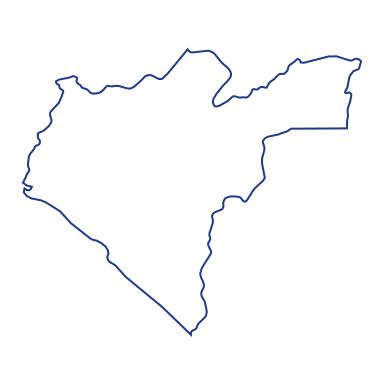 outline of Grand Bassa
{"feature_id": "LBR-785", "entity_name": "Grand Bassa", "entity_type": "County", "adm_level": 1, "iso_a3": "LBR", "parent_name": "Liberia", "parent_adm1": "", "projection": "albers", "projection_center": [-9.727, 6.117], "detail": "fine", "context": "isolated", "style": "outline", "palette": "blue", "viewbox_px": 384, "rotation_deg": 0, "n_neighbors": 0, "source": "natural_earth", "source_scale": "10m", "svg_char_len": 4399}
<svg xmlns="http://www.w3.org/2000/svg" viewBox="0 0 384 384"><path d="M190.9,334.7L162.1,306.9L125.6,276.8L116.2,266.2L114.2,264.6L109.6,261.9L108.0,259.9L107.2,257.2L108.4,253.8L108.0,250.6L105.5,246.5L101.3,243.1L96.6,240.6L92.6,239.7L89.8,238.1L71.0,223.3L60.2,211.4L46.1,202.5L41.3,200.4L31.2,198.4L26.6,195.7L23.8,192.2L24.5,188.5L26.9,190.1L29.0,190.3L30.7,189.2L31.9,186.7L26.6,185.5L23.0,182.7L23.2,182.3L25.8,177.1L26.2,175.8L27.0,174.0L28.9,171.3L29.3,169.9L29.0,168.7L28.0,166.1L27.9,164.6L28.9,156.7L29.4,155.4L29.9,154.2L33.9,149.3L35.2,146.5L36.1,145.7L37.6,145.1L39.0,144.4L39.9,142.8L39.9,141.2L39.5,139.9L38.6,139.0L38.0,138.0L37.9,136.9L38.0,135.7L37.8,134.6L37.8,133.5L38.8,132.8L41.4,131.8L44.3,130.2L48.9,126.0L50.6,123.4L51.5,121.2L51.4,119.6L50.2,115.6L50.0,114.1L50.2,112.7L50.8,111.5L59.0,102.7L60.2,99.7L61.4,97.4L62.2,94.6L63.2,92.2L63.2,91.0L62.5,90.1L60.2,88.8L59.6,87.7L59.2,85.2L58.3,84.5L57.3,84.2L56.5,83.5L55.9,81.5L57.1,80.7L59.3,79.5L68.9,77.7L73.1,76.1L76.0,77.1L77.0,77.6L77.2,78.1L77.1,78.8L76.8,79.6L76.5,80.6L76.6,81.7L77.1,82.8L77.9,83.6L79.8,84.8L80.5,85.4L80.9,86.1L81.3,86.7L81.8,87.4L82.5,87.9L86.5,89.2L87.5,89.8L88.3,90.5L89.9,92.3L90.8,93.1L92.3,93.5L94.4,93.6L98.2,93.1L100.3,92.4L102.5,90.7L103.7,89.6L104.7,88.2L106.9,86.1L107.7,85.8L112.0,86.5L115.3,85.8L119.1,86.0L126.4,88.2L128.5,88.5L130.6,88.5L132.4,87.7L134.9,86.1L141.9,79.8L144.4,77.0L145.7,76.0L147.1,75.4L149.4,75.1L150.8,75.2L152.1,75.6L157.3,78.3L158.2,78.7L159.2,79.0L160.2,79.0L161.2,79.0L162.2,78.8L167.9,73.3L187.7,49.3L189.0,51.2L189.8,51.8L190.9,52.3L192.8,52.4L205.9,51.0L206.9,50.8L208.1,50.7L209.7,51.0L212.3,52.2L213.8,53.2L215.0,54.4L221.9,62.8L228.2,68.4L229.4,70.0L230.5,71.8L230.9,73.2L231.0,74.2L231.0,75.2L230.8,76.1L230.4,77.1L229.9,78.1L226.7,82.0L223.0,85.6L216.3,94.1L213.8,98.3L213.4,99.3L213.1,100.4L212.9,101.5L213.0,102.4L213.2,103.4L213.6,104.4L214.2,105.4L215.0,106.4L217.2,106.4L220.3,105.3L227.5,101.1L232.4,96.8L233.6,96.2L235.8,96.5L238.8,97.6L240.2,97.6L242.5,97.3L243.6,97.3L246.1,97.6L247.4,97.2L248.3,96.5L249.8,94.8L251.5,92.3L251.8,90.9L252.3,89.8L253.3,89.2L255.0,89.3L256.4,89.5L257.8,89.4L258.9,88.2L260.2,87.4L261.7,86.9L264.1,87.3L265.5,87.7L266.7,87.6L268.4,84.3L269.8,82.2L273.8,79.4L278.9,74.4L280.2,73.9L282.5,74.0L284.4,73.6L286.2,72.0L287.3,70.7L287.9,69.1L288.2,67.6L288.8,66.1L290.0,64.8L294.0,62.0L295.7,60.5L296.5,59.5L297.6,59.0L299.5,59.8L300.3,61.1L300.7,62.5L303.8,62.8L328.9,56.4L333.2,56.5L336.2,56.2L348.2,60.0L351.3,60.6L352.8,60.0L353.4,59.6L355.7,58.7L357.6,59.0L358.8,59.4L360.4,60.6L360.9,61.3L361.0,62.0L360.3,63.9L359.7,66.1L359.7,66.6L359.5,67.1L358.9,68.5L358.5,69.0L358.0,69.4L354.4,70.7L353.7,71.1L353.3,71.4L350.4,75.0L350.0,75.8L349.1,78.2L347.8,85.7L347.5,87.1L345.2,91.5L345.1,92.1L345.2,92.7L345.5,92.9L346.0,93.1L346.5,93.1L347.1,93.0L348.6,92.5L349.1,92.5L349.9,92.9L350.9,93.7L351.3,94.7L351.3,95.6L350.0,102.0L348.0,107.8L347.7,109.3L347.6,111.0L347.9,115.3L347.9,116.4L347.2,120.5L346.9,128.4L291.1,128.7L287.4,131.2L285.4,132.0L281.5,133.1L279.5,134.1L278.2,134.5L267.6,136.8L266.5,137.3L265.5,138.0L264.2,139.1L263.6,140.1L263.0,141.0L262.9,141.9L262.9,142.8L263.2,143.8L263.9,145.6L264.2,146.5L264.3,147.4L264.4,149.3L264.1,151.1L262.2,157.8L262.0,159.8L262.1,163.8L264.8,177.7L264.2,178.9L263.1,180.7L254.9,188.2L253.4,190.0L247.6,199.3L246.1,201.2L245.0,201.6L244.0,201.5L243.1,200.8L242.4,200.0L241.1,198.2L240.3,197.5L239.3,197.1L237.5,196.7L233.7,196.4L230.6,196.5L227.8,197.1L226.2,197.8L224.9,198.8L224.3,200.0L223.7,201.0L223.4,202.2L223.2,203.2L223.4,205.5L223.3,206.9L222.6,208.6L221.7,209.5L215.0,212.2L213.4,213.3L212.5,214.5L212.2,215.5L212.1,216.6L212.5,218.5L212.7,219.5L212.9,220.4L212.8,222.1L212.7,223.0L209.5,233.2L209.4,234.2L209.4,235.2L210.2,237.9L210.2,239.0L209.9,240.1L208.5,242.5L208.2,243.5L208.1,244.4L208.6,246.3L211.0,251.1L211.1,252.0L211.0,253.0L210.7,253.9L202.1,267.6L201.3,269.6L200.4,272.9L200.3,273.9L200.4,274.9L200.8,276.8L203.1,281.8L203.7,283.7L203.8,284.6L203.8,286.3L203.8,287.0L203.5,287.6L201.9,290.9L201.5,292.0L201.3,293.0L201.3,294.1L201.4,295.2L201.7,296.3L202.2,297.3L204.0,300.1L204.9,302.2L206.6,310.4L206.7,311.6L206.6,313.2L205.9,315.8L205.0,317.3L198.9,323.1L197.7,324.8L197.0,326.4L196.5,328.1L195.6,329.1L194.3,329.8L192.7,330.4L191.6,331.4L191.1,332.3L191.0,333.3L190.9,334.6L190.9,334.7Z" fill="none" stroke="#1e3a8a" stroke-width="2"/></svg>